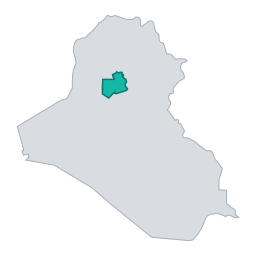 Beygee, Sala ad-Din, Iraq (highlighted)
{"feature_id": "34846034B92184872032162", "entity_name": "Beygee", "entity_type": "district", "adm_level": 2, "iso_a3": "IRQ", "parent_name": "Iraq", "parent_adm1": "Sala ad-Din", "projection": "mercator", "projection_center": [43.192, 34.889], "detail": "fine", "context": "in_parent", "style": "filled", "palette": "teal", "viewbox_px": 256, "rotation_deg": 0, "n_neighbors": 0, "source": "geoboundaries", "source_scale": "gbopen_adm2", "svg_char_len": 4549}
<svg xmlns="http://www.w3.org/2000/svg" viewBox="0 0 256 256"><path d="M98.5,22.8L100.7,22.3L104.8,18.9L107.2,15.6L107.9,15.4L110.1,16.4L111.6,16.7L115.1,15.5L117.2,16.1L119.0,16.9L120.0,17.0L124.7,19.0L125.9,19.2L128.4,19.5L132.0,19.6L134.3,18.3L136.0,17.0L137.2,17.1L138.3,17.4L139.2,17.9L140.0,18.8L140.4,20.2L140.3,24.5L140.6,25.6L141.3,26.4L142.1,26.6L143.1,25.6L144.8,24.3L146.9,22.8L148.5,21.4L149.4,20.9L150.9,21.0L152.3,21.2L153.0,21.9L153.0,22.1L153.8,24.1L155.6,31.6L156.7,32.6L157.9,33.4L158.8,34.5L159.1,35.6L159.0,37.3L159.1,39.3L159.6,40.9L160.2,42.0L160.9,42.6L161.9,42.7L163.0,43.0L163.8,44.1L166.3,52.6L166.5,53.7L167.6,54.0L169.3,53.9L171.1,54.7L173.0,56.1L174.7,58.7L175.9,59.1L179.7,58.7L184.8,59.1L187.2,60.4L186.9,61.3L185.1,62.2L181.8,63.2L180.9,65.0L180.3,67.4L180.4,68.7L181.2,70.1L183.5,73.0L183.7,74.1L184.1,75.5L184.5,76.5L184.0,78.4L181.9,79.7L179.2,81.1L173.7,87.5L173.3,88.9L173.3,92.6L172.8,93.7L171.0,93.7L169.7,93.5L169.6,94.8L168.8,96.5L168.3,98.0L170.3,101.6L170.6,103.5L170.3,105.2L168.5,108.2L167.3,110.2L167.6,110.6L169.1,111.4L173.6,118.0L175.1,120.2L177.0,119.6L177.7,119.7L178.3,120.0L178.6,120.8L178.6,121.8L178.1,123.2L180.6,123.8L181.4,125.3L184.3,130.4L184.2,131.9L182.8,134.2L182.8,135.8L183.1,137.2L183.5,137.7L187.7,137.9L189.5,138.5L193.9,141.0L198.9,145.0L202.9,148.2L206.4,150.9L210.1,150.7L211.1,151.2L212.1,152.1L213.1,154.3L215.2,159.4L217.0,161.1L219.8,165.1L222.4,168.9L220.7,174.0L219.0,179.4L219.0,186.2L219.0,189.9L222.6,190.1L226.5,190.3L226.6,194.6L226.6,199.0L226.6,204.1L227.8,204.3L229.6,205.3L230.4,207.0L231.4,207.9L232.6,208.0L233.8,208.8L235.0,210.2L235.4,211.3L235.1,212.1L235.3,213.4L236.1,215.3L237.1,216.2L238.7,217.3L236.6,217.9L234.3,217.4L229.5,215.2L227.9,215.1L225.9,216.0L225.8,216.7L220.7,214.3L218.9,213.8L218.2,213.7L215.3,213.7L211.1,214.2L208.7,215.2L207.0,216.2L206.2,217.3L206.0,217.8L204.6,220.9L203.1,224.8L201.5,228.3L198.4,233.3L196.7,235.6L193.0,239.8L189.1,240.6L179.9,239.8L169.6,238.9L159.5,238.0L151.9,237.3L151.3,237.0L143.9,231.0L138.0,226.2L130.6,220.2L123.0,214.1L115.4,207.8L109.8,203.3L103.1,197.4L96.9,192.1L92.1,187.9L85.9,184.2L81.0,181.3L73.9,177.0L68.3,173.6L63.4,170.7L56.0,166.3L53.5,165.0L45.7,163.6L38.4,162.3L30.8,161.0L25.8,160.1L29.1,156.9L28.1,154.0L25.6,154.6L23.4,155.2L22.0,150.8L23.8,150.2L22.2,144.4L20.5,138.3L19.0,132.5L17.3,126.5L23.7,122.6L28.5,119.8L35.2,115.7L41.7,111.8L47.9,108.1L54.7,104.0L60.7,100.3L66.3,98.8L67.5,97.7L70.0,92.6L72.2,88.3L72.3,87.3L72.3,81.2L72.7,73.9L73.4,70.1L74.6,66.6L75.8,64.1L75.9,61.8L75.7,59.4L74.6,55.8L73.3,52.1L73.5,48.4L73.7,46.5L74.5,43.3L75.8,41.1L77.2,39.7L82.5,38.2L85.6,37.3L89.8,33.3L92.3,30.9L95.8,27.0L98.3,24.2L98.5,23.2L98.5,22.8Z" fill="#d9dde1" stroke="#a8b0b8" stroke-width="1"/><path d="M102.6,82.8L102.6,83.8L102.5,85.8L102.3,87.7L102.3,88.1L102.5,88.3L102.8,88.4L102.9,88.7L102.6,88.7L102.4,88.8L102.5,94.0L103.8,94.8L104.8,95.5L105.2,95.8L105.8,96.1L106.8,96.8L107.9,97.4L108.4,98.0L108.5,98.1L109.2,97.5L109.7,96.9L110.6,96.1L111.7,94.9L112.1,94.5L112.8,93.8L113.7,93.1L114.2,92.6L114.5,92.3L114.7,92.1L114.8,92.6L114.8,92.9L114.8,93.3L116.3,93.7L117.1,93.4L119.3,92.7L121.6,92.0L124.5,91.1L125.2,90.8L126.0,90.6L126.3,90.5L126.6,90.2L127.4,89.3L127.5,89.2L127.4,89.0L127.4,88.7L127.3,88.3L127.0,88.2L126.9,88.1L126.7,87.9L126.0,86.9L125.9,86.7L125.7,86.2L125.5,85.8L125.4,85.5L125.3,85.2L125.3,84.9L125.3,84.6L125.3,84.3L125.3,83.9L125.5,83.3L125.5,83.2L125.8,82.8L126.2,82.5L126.5,82.3L126.4,81.6L126.4,81.1L126.3,80.7L126.1,80.3L126.0,80.1L126.0,79.9L125.9,79.7L125.9,79.4L125.8,79.2L125.2,79.0L124.7,78.8L124.3,78.4L123.9,77.9L123.5,77.5L122.8,76.8L122.5,76.5L122.6,76.2L122.9,75.9L123.1,75.8L123.4,75.7L123.4,75.3L123.5,75.2L123.4,74.9L123.3,74.7L123.1,74.8L122.9,74.8L122.7,74.7L122.4,74.5L122.1,74.4L121.9,74.4L121.9,74.1L121.9,73.8L121.9,73.6L122.0,73.3L122.1,73.1L122.2,72.8L122.1,72.5L121.9,72.4L121.7,72.3L121.3,72.3L121.2,72.4L120.9,72.3L120.7,72.3L120.3,72.3L119.9,72.4L119.7,72.5L119.1,72.7L118.7,72.8L118.3,72.7L117.9,72.6L117.7,72.5L117.4,72.2L117.2,72.2L117.0,71.9L116.8,71.8L116.7,72.1L116.4,72.4L116.1,72.7L115.8,72.9L115.2,73.3L114.8,73.6L114.5,73.8L114.0,73.9L113.4,74.0L112.9,74.5L112.6,74.7L112.8,75.0L112.8,75.5L112.8,75.9L112.8,76.2L113.0,76.6L113.3,77.1L113.6,77.8L114.1,78.0L114.2,78.6L114.3,79.0L114.3,79.4L111.3,79.4L111.0,79.4L108.3,79.4L108.0,79.4L107.6,79.4L106.7,79.4L106.3,79.4L105.1,79.4L104.8,79.4L104.6,79.4L104.2,79.4L102.7,79.4L102.7,80.4L102.7,81.4L102.6,82.3L102.6,82.8Z" fill="#14b8a6" stroke="#0f766e" stroke-width="1.5"/></svg>